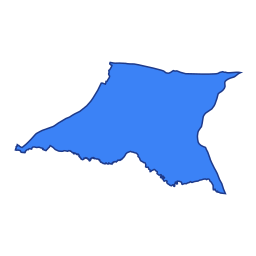 the district of Na Tan, Ubon Ratchathani, Thailand
{"feature_id": "78962969B76550243021032", "entity_name": "Na Tan", "entity_type": "district", "adm_level": 2, "iso_a3": "THA", "parent_name": "Thailand", "parent_adm1": "Ubon Ratchathani", "projection": "orthographic", "projection_center": [105.251, 15.929], "detail": "fine", "context": "isolated", "style": "filled", "palette": "blue", "viewbox_px": 256, "rotation_deg": 0, "n_neighbors": 0, "source": "geoboundaries", "source_scale": "gbopen_adm2", "svg_char_len": 5836}
<svg xmlns="http://www.w3.org/2000/svg" viewBox="0 0 256 256"><path d="M121.5,159.6L121.9,159.3L122.2,158.5L123.3,157.8L123.8,157.2L124.8,155.8L126.0,153.7L127.3,152.6L130.4,151.4L131.9,152.0L133.0,152.1L134.2,152.6L136.2,153.1L136.7,153.4L138.0,154.9L138.1,155.2L138.0,156.5L139.1,157.4L139.7,158.5L140.1,159.8L141.0,161.0L142.7,161.8L143.6,162.6L144.7,162.6L145.0,162.8L145.8,164.6L145.6,166.8L146.0,167.1L146.6,167.3L147.9,167.2L148.2,167.3L148.8,169.2L149.6,169.5L150.0,169.9L150.1,171.6L150.7,171.6L151.8,170.5L153.2,170.0L153.9,169.5L154.5,169.5L154.8,169.7L155.9,170.9L157.2,171.6L157.3,172.4L157.0,173.3L157.3,173.8L159.0,175.1L159.7,175.1L160.6,174.7L161.0,174.7L161.3,175.0L161.5,175.3L161.4,175.6L160.5,176.7L160.5,177.1L160.7,177.6L161.1,177.7L161.4,177.6L162.2,176.6L163.0,176.1L163.2,176.3L163.5,176.8L164.4,177.5L164.5,177.8L164.4,178.0L164.1,178.1L162.7,178.1L162.4,178.3L162.3,178.8L163.2,179.3L163.5,180.3L164.2,181.2L165.7,180.7L166.4,180.7L166.8,180.9L167.1,181.3L166.8,182.1L166.9,182.6L167.2,183.3L167.5,183.6L169.0,184.5L170.0,185.3L171.4,185.8L172.1,185.4L172.5,184.9L173.1,184.8L173.5,185.1L173.9,186.3L174.2,186.4L174.5,186.4L174.7,186.1L174.8,185.7L174.4,184.8L174.4,184.3L175.1,183.6L175.4,182.2L175.9,182.1L176.2,182.5L176.3,183.0L176.1,183.7L176.2,183.9L177.1,183.9L177.4,183.8L177.2,181.5L177.3,181.2L179.6,181.4L181.4,182.2L181.6,182.5L181.7,183.4L182.0,184.2L182.3,184.4L184.4,183.6L186.4,183.7L187.4,183.0L189.1,182.6L190.5,181.6L190.8,181.7L191.3,182.3L192.2,182.4L194.4,181.6L196.6,181.2L198.0,181.1L199.6,180.2L201.8,179.8L202.8,179.4L204.0,179.1L205.8,179.0L206.4,179.6L206.7,179.6L207.7,179.0L208.4,179.0L209.0,179.2L209.4,179.5L210.0,181.1L210.3,181.5L210.9,181.8L211.5,182.5L213.0,185.2L213.1,185.7L213.2,189.0L213.4,189.8L213.8,189.8L214.7,189.2L215.0,189.2L215.2,189.3L215.2,190.2L215.7,190.6L216.5,191.7L217.4,191.2L217.6,191.3L217.6,192.0L217.9,192.2L219.1,192.3L220.3,193.0L225.4,193.6L223.5,189.1L221.8,183.7L219.5,179.5L217.2,173.5L215.6,170.4L214.3,168.1L211.6,162.6L210.2,159.4L210.0,158.5L207.8,152.3L206.3,149.4L205.8,148.1L205.5,147.5L205.2,147.3L203.1,146.5L200.8,145.3L199.2,143.9L198.2,142.2L197.7,139.7L197.5,137.7L197.4,136.0L197.6,134.6L197.9,132.5L198.4,131.0L200.8,127.4L201.4,126.8L202.2,123.2L202.8,119.3L203.2,117.0L203.4,116.3L204.0,115.2L205.0,113.8L205.9,112.9L211.8,108.9L214.1,105.8L215.0,104.0L216.9,98.6L218.1,94.0L219.3,92.8L221.4,91.5L222.9,90.2L224.3,88.4L225.0,86.6L225.0,85.9L224.8,83.7L224.8,82.4L225.2,81.3L226.4,80.2L228.3,79.0L230.3,78.1L234.0,77.0L235.0,76.4L238.7,73.5L240.6,72.6L238.6,72.3L236.0,72.3L228.8,72.8L227.1,72.7L225.4,72.2L224.4,72.3L222.7,71.7L219.9,72.4L219.2,72.7L218.4,73.3L217.5,73.5L216.1,73.8L214.2,73.9L208.4,74.1L202.4,74.1L185.6,73.7L180.4,72.3L177.2,71.0L176.6,70.9L175.0,71.1L173.3,70.6L170.6,72.4L169.5,72.9L168.5,73.2L168.0,73.2L166.0,72.8L163.6,71.0L160.9,70.1L153.2,68.1L138.5,64.8L134.1,64.0L129.6,63.9L127.3,63.7L125.7,63.4L119.4,63.1L115.0,63.2L113.3,63.0L110.2,62.4L109.8,63.2L109.8,64.0L110.3,64.3L110.9,65.0L111.8,65.2L111.9,65.4L111.3,67.1L109.7,69.8L109.3,69.9L108.8,70.7L109.0,71.4L109.0,72.9L108.7,73.5L108.6,74.0L108.9,74.9L109.5,75.8L109.6,76.1L109.5,76.9L108.9,78.2L108.0,79.5L107.0,81.4L106.0,81.4L105.8,83.0L105.4,84.1L102.3,83.1L101.6,83.1L101.2,83.2L97.8,90.2L93.1,97.9L90.9,101.1L86.8,105.8L79.8,111.4L74.9,113.8L72.6,115.1L69.5,117.1L66.0,118.5L58.4,123.0L54.7,125.6L53.2,126.5L42.3,130.4L39.7,131.7L36.6,133.4L35.6,134.2L31.3,139.0L28.3,142.1L26.0,144.3L22.1,147.5L21.4,147.3L19.8,146.5L18.7,145.4L18.3,145.4L17.5,144.8L17.5,145.0L17.2,145.1L17.3,145.4L17.0,145.7L17.1,146.1L16.6,146.3L16.1,146.8L16.1,147.4L16.2,147.9L16.1,148.3L15.7,148.7L15.6,149.6L15.4,149.9L16.1,150.2L18.3,150.1L20.3,150.6L20.6,151.4L21.1,152.2L22.3,152.5L22.9,152.4L24.2,152.7L24.4,152.3L25.1,152.5L25.7,151.0L26.7,150.0L27.8,149.5L28.2,149.7L29.2,148.6L31.6,149.1L32.0,147.9L32.6,147.2L34.1,146.9L36.6,147.5L39.1,147.2L40.9,147.9L41.9,148.1L43.0,148.5L42.7,149.3L42.9,149.5L45.9,150.6L46.2,150.5L46.6,149.8L47.6,149.0L48.4,147.9L49.3,147.2L50.2,145.6L53.1,147.4L55.2,149.5L58.3,150.9L59.0,151.1L61.8,151.3L62.9,151.2L64.0,150.7L65.6,150.8L66.1,151.0L66.5,151.0L67.5,151.3L68.3,150.9L68.7,150.9L69.0,150.6L69.5,150.8L70.0,150.7L70.4,151.2L71.2,151.4L72.1,152.4L72.8,152.7L73.3,153.2L73.3,152.9L73.4,152.7L73.8,152.8L73.7,153.2L74.3,153.7L74.6,153.6L74.8,153.2L75.0,153.1L75.3,153.4L75.8,153.5L75.9,153.8L76.4,153.9L76.7,154.4L77.3,154.7L77.5,154.6L77.8,154.0L78.0,154.0L78.4,154.4L78.5,154.6L78.8,154.8L78.9,155.4L79.2,155.6L79.2,155.9L79.0,156.0L79.0,156.4L79.7,157.1L80.0,157.1L80.1,157.6L80.5,157.8L80.6,158.1L81.0,158.5L81.0,158.8L81.3,158.8L81.5,159.2L82.5,159.7L83.7,159.3L84.0,158.9L84.2,158.6L84.0,158.3L84.1,158.1L85.0,158.3L85.5,157.8L85.8,158.1L86.1,158.2L86.4,157.9L86.7,157.8L87.0,158.0L87.4,158.9L88.3,159.0L88.4,159.5L89.0,160.1L89.3,160.8L89.5,160.9L90.2,160.6L90.5,160.2L90.6,159.9L90.4,159.7L90.1,159.8L90.0,159.4L90.2,159.0L90.7,158.5L91.3,158.7L91.6,158.3L91.9,158.3L92.0,157.9L92.1,157.7L92.5,157.9L92.9,157.7L93.1,157.9L93.7,157.6L93.8,157.7L93.7,158.4L94.3,158.7L94.7,158.4L95.0,158.6L95.7,158.6L96.3,159.0L97.8,158.9L98.0,159.2L98.4,159.4L99.1,159.4L99.7,160.0L99.4,160.6L100.2,161.1L100.6,162.1L101.0,162.2L101.3,162.1L101.9,162.7L102.7,163.0L103.0,163.4L103.8,163.5L104.4,163.8L104.8,163.6L105.4,163.8L105.6,163.7L105.8,163.0L106.0,162.9L107.2,163.8L107.7,164.0L108.4,164.0L108.6,163.9L108.8,163.5L108.8,163.1L109.5,163.3L110.2,163.9L110.8,163.7L111.2,163.9L111.7,163.9L112.0,164.1L112.3,163.6L112.3,162.8L112.8,162.5L113.3,162.6L113.3,162.1L113.5,161.9L114.3,162.0L114.7,161.6L115.5,161.7L116.2,162.0L116.3,161.9L116.4,161.4L117.0,161.3L117.7,160.7L118.0,160.1L118.5,160.3L119.3,160.0L119.9,160.4L120.3,160.2L120.7,159.5L121.0,159.5L121.5,159.6Z" fill="#3b82f6" stroke="#1e3a8a" stroke-width="1.5"/></svg>